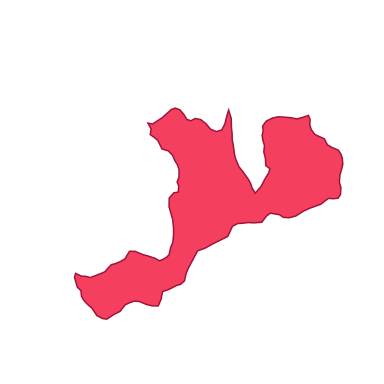 the district of Americano do Brasil, Goiás, Brazil, rotated 150°
{"feature_id": "56859067B95851726668202", "entity_name": "Americano do Brasil", "entity_type": "district", "adm_level": 2, "iso_a3": "BRA", "parent_name": "Brazil", "parent_adm1": "Goiás", "projection": "natural_earth1", "projection_center": [-49.994, -16.275], "detail": "fine", "context": "isolated", "style": "filled", "palette": "rose", "viewbox_px": 384, "rotation_deg": 150, "n_neighbors": 0, "source": "geoboundaries", "source_scale": "gbopen_adm2", "svg_char_len": 2143}
<svg xmlns="http://www.w3.org/2000/svg" viewBox="0 0 384 384"><g transform="rotate(150 192 192)"><path d="M333.5,179.7L336.4,176.9L338.9,166.9L337.5,162.1L339.8,157.1L339.9,152.6L338.9,147.8L336.7,141.2L336.2,132.5L332.7,127.1L329.4,124.5L320.5,125.0L313.8,124.6L310.0,126.2L306.1,127.7L301.5,127.3L296.6,126.4L292.5,123.6L287.5,117.2L283.5,113.4L278.2,110.2L272.5,114.5L267.3,120.4L259.8,119.1L252.2,118.8L248.0,117.7L242.9,118.8L237.9,124.3L233.5,127.7L216.6,138.2L208.5,136.8L199.9,136.7L189.1,136.0L183.1,135.7L174.1,142.1L168.1,141.8L164.1,139.8L158.4,137.3L153.8,134.3L146.7,130.9L139.6,133.9L134.8,134.5L127.6,128.6L125.5,124.3L120.7,121.1L113.9,119.3L105.2,119.7L98.4,119.1L86.5,117.0L81.0,117.8L77.0,118.2L72.8,115.4L68.5,113.6L64.6,115.6L60.6,121.8L59.6,126.6L55.2,133.0L50.9,137.1L47.6,140.5L45.1,145.7L44.1,150.3L44.3,155.0L48.3,160.3L51.1,165.1L50.8,171.9L53.9,176.2L56.9,180.5L57.5,186.5L56.4,191.2L53.4,195.9L52.9,200.1L59.8,201.5L64.7,202.9L69.1,206.8L74.9,210.9L80.1,214.2L85.4,215.8L92.2,216.3L97.8,213.8L100.0,209.1L103.1,205.8L104.8,201.1L106.1,195.8L109.8,190.8L111.5,184.7L114.9,178.0L112.9,173.3L115.9,170.3L122.8,166.5L129.4,162.3L137.7,159.4L138.0,165.1L136.9,170.6L136.9,175.4L137.7,183.8L138.7,190.5L137.5,199.7L136.2,203.8L133.1,211.3L131.0,217.2L128.1,222.5L125.5,228.3L121.3,235.9L119.3,244.6L123.9,240.4L129.2,234.8L135.0,230.9L140.6,232.1L144.5,237.0L145.8,244.3L148.2,250.3L152.5,254.1L157.3,254.2L160.2,257.5L160.3,263.5L161.4,269.2L164.5,273.0L168.6,273.8L174.7,272.5L180.7,271.2L185.4,271.0L192.2,270.6L195.7,273.7L195.9,266.9L199.5,262.6L197.4,258.2L195.8,253.7L196.5,244.3L192.0,239.5L190.5,233.6L191.2,227.3L191.0,222.9L192.0,217.9L195.9,211.3L199.9,208.1L200.5,203.8L204.0,198.8L208.0,200.4L214.7,198.2L219.3,190.6L222.4,178.1L226.3,169.4L229.8,163.5L233.8,158.0L238.2,154.6L243.3,149.1L246.9,148.2L250.9,148.2L254.6,148.7L257.1,153.0L262.0,158.5L265.8,162.3L270.9,169.0L275.7,171.9L279.9,169.7L283.3,167.6L288.9,167.6L294.3,168.3L298.2,169.4L302.7,168.1L307.3,166.5L311.2,166.9L316.9,167.8L322.8,168.7L326.3,172.2L329.8,174.4L333.5,179.7Z" fill="#f43f5e" stroke="#9f1239" stroke-width="1.5"/></g></svg>